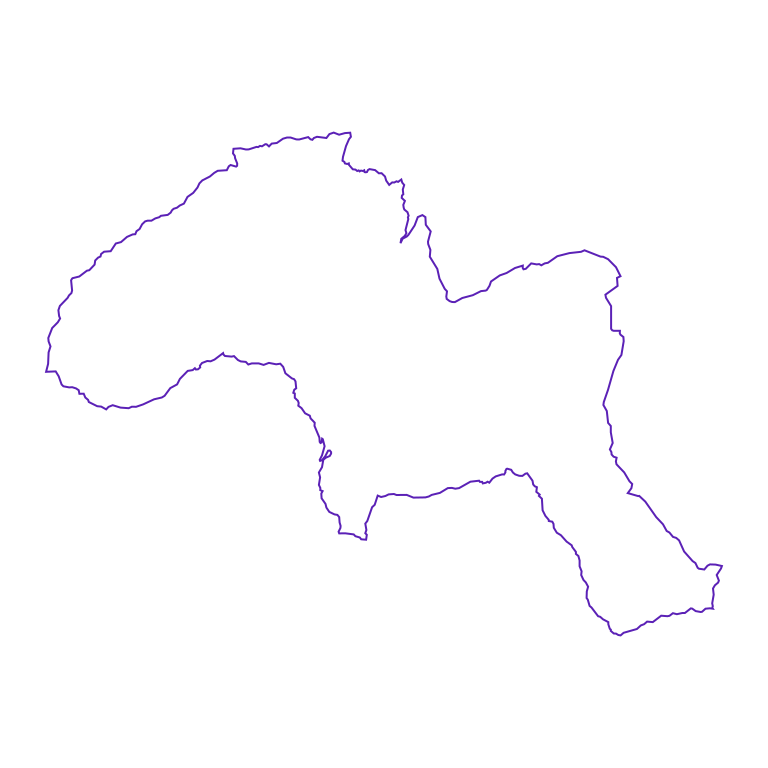 outline of Pamplona, Norte de Santander, Colombia
{"feature_id": "7082276B8319460942471", "entity_name": "Pamplona", "entity_type": "district", "adm_level": 2, "iso_a3": "COL", "parent_name": "Colombia", "parent_adm1": "Norte de Santander", "projection": "mercator", "projection_center": [-72.675, 7.367], "detail": "fine", "context": "isolated", "style": "outline", "palette": "violet", "viewbox_px": 768, "rotation_deg": 0, "n_neighbors": 0, "source": "geoboundaries", "source_scale": "gbopen_adm2", "svg_char_len": 6088}
<svg xmlns="http://www.w3.org/2000/svg" viewBox="0 0 768 768"><path d="M613.8,633.5L616.0,633.6L618.3,635.0L620.6,635.4L623.6,632.8L636.9,629.0L640.9,625.4L644.1,624.2L647.1,621.6L652.8,622.1L661.2,615.7L667.4,616.2L669.5,615.8L672.9,613.2L676.9,614.2L682.3,613.0L684.9,613.0L690.8,608.4L692.2,608.6L695.7,611.1L700.7,612.0L702.0,611.8L705.5,608.7L709.9,608.3L712.9,608.7L712.3,607.7L712.8,606.2L712.2,603.3L713.7,594.7L713.0,588.5L714.9,585.3L718.1,582.6L718.9,580.6L716.7,575.0L721.0,568.5L721.9,566.0L715.6,564.6L710.0,564.4L707.5,565.7L704.3,569.5L698.9,568.7L697.7,567.8L695.4,563.0L692.6,561.1L684.1,551.5L679.1,540.4L676.2,537.9L673.0,536.9L669.4,532.5L666.7,531.0L663.0,524.3L656.2,517.1L645.3,501.6L639.2,495.9L638.2,496.1L627.8,493.1L631.4,488.2L632.2,484.0L629.5,481.3L624.2,472.4L616.5,464.3L615.9,461.4L616.6,457.7L613.6,456.7L611.6,454.5L611.4,452.1L609.9,449.4L612.7,443.0L610.8,432.3L610.8,426.0L608.1,422.9L606.8,411.0L603.4,405.0L603.8,402.0L608.0,389.9L613.4,371.0L618.0,359.8L621.4,355.0L623.7,341.2L623.4,337.0L620.5,334.7L619.8,333.4L619.9,330.8L613.7,330.8L612.2,330.3L611.1,328.8L611.1,306.1L606.0,297.8L605.4,294.7L617.6,285.9L617.0,277.9L620.5,276.2L616.0,267.2L608.1,259.2L603.2,256.8L600.5,256.6L584.5,250.3L581.1,251.8L569.4,253.1L557.3,256.2L547.9,262.8L544.7,263.4L541.3,265.3L539.2,264.1L536.7,264.4L531.2,263.4L525.8,268.8L523.5,269.3L522.7,267.9L522.8,265.6L515.0,268.0L506.6,273.0L499.8,275.4L491.0,281.5L489.5,285.8L486.9,289.9L485.7,290.6L481.0,291.1L472.8,295.2L462.3,298.0L454.9,302.1L452.1,302.0L449.6,301.1L446.7,298.9L446.3,296.5L447.0,291.3L444.7,288.8L439.5,278.7L437.3,268.9L429.8,256.7L430.4,249.9L428.2,244.1L428.0,241.6L430.7,231.4L425.8,224.8L425.4,217.1L422.4,215.1L417.8,217.1L414.6,225.5L408.4,234.9L406.8,236.5L402.6,238.7L400.5,243.2L401.3,238.8L404.8,235.9L406.4,233.2L405.5,230.1L408.3,219.1L407.9,217.3L408.6,215.7L407.5,212.2L404.3,209.5L403.7,207.7L403.3,204.9L404.9,200.9L401.7,197.9L402.0,195.5L403.3,194.3L402.8,189.5L404.2,185.0L402.2,182.6L401.3,179.5L398.1,181.9L396.5,181.3L394.3,182.5L392.2,182.4L389.2,184.9L386.2,180.6L385.0,176.5L381.6,173.2L378.9,173.3L375.1,170.1L369.5,169.1L367.9,170.1L367.0,172.0L365.8,172.3L364.6,172.1L364.2,170.3L362.9,171.0L361.0,170.6L359.6,171.4L358.7,170.4L357.2,171.0L355.5,169.6L352.8,169.3L349.0,164.9L348.8,163.4L347.2,164.0L344.9,163.4L344.4,161.9L342.5,160.7L343.0,156.8L346.0,146.1L349.0,139.2L350.9,136.8L350.2,132.7L344.9,133.1L339.1,134.7L333.7,132.6L329.4,134.1L326.4,138.0L317.0,136.8L313.9,138.0L312.4,139.8L310.5,139.3L308.2,137.1L299.1,139.5L296.3,139.4L290.5,137.5L287.1,137.5L283.0,138.7L276.8,143.0L271.7,143.6L269.0,146.4L266.6,144.3L265.3,144.2L262.0,146.3L260.0,145.9L258.1,147.1L256.5,146.9L248.7,149.4L246.0,149.5L240.5,148.3L233.5,148.8L233.0,153.4L234.8,155.9L235.1,158.2L237.2,163.5L237.1,165.8L236.1,166.6L230.6,165.0L228.8,166.3L226.8,170.2L217.7,170.8L214.2,172.9L209.9,176.5L202.3,180.4L199.4,183.4L197.5,187.5L193.2,192.9L187.5,196.9L183.9,203.6L179.8,205.5L177.0,207.7L173.6,208.8L171.9,210.4L170.7,212.6L167.7,214.9L160.9,215.8L159.2,217.2L155.3,218.4L151.4,220.7L147.5,220.7L145.1,221.4L142.1,224.3L139.6,229.0L136.5,231.2L135.3,234.2L132.7,234.4L127.0,236.9L121.0,242.1L115.8,243.5L110.7,251.2L104.1,251.7L101.1,254.0L100.5,256.5L98.1,257.6L95.2,260.5L94.6,264.6L89.3,270.2L86.9,270.7L79.3,276.5L72.5,278.2L71.9,278.9L71.1,280.3L72.1,290.5L71.4,293.1L69.0,295.4L67.6,297.9L59.9,305.9L58.4,310.2L59.1,316.0L60.1,318.5L57.8,322.3L52.2,328.0L48.3,338.0L48.6,341.4L50.5,346.4L48.6,352.4L48.1,363.9L46.1,371.8L55.7,371.4L58.7,376.3L61.6,384.5L63.4,386.3L69.2,387.4L72.2,387.2L76.0,388.4L78.7,390.2L79.4,393.8L83.7,393.7L85.3,397.5L88.1,399.9L88.8,402.0L97.2,406.2L101.2,406.6L106.2,409.4L108.5,406.9L112.7,405.2L120.5,407.6L128.7,408.2L131.9,406.7L136.1,406.8L143.1,404.4L154.1,399.3L161.8,397.5L164.6,395.8L170.3,388.1L177.1,384.4L179.9,378.9L187.7,370.9L192.7,370.1L194.9,368.2L195.9,369.5L198.0,369.3L200.2,367.4L199.9,365.7L202.0,363.0L207.2,361.0L210.6,361.3L214.5,359.6L223.1,353.1L223.5,354.6L225.0,356.0L231.7,356.6L234.0,356.1L237.9,360.0L240.7,361.4L245.8,361.9L248.3,364.5L251.8,363.4L258.7,363.4L263.6,364.9L268.9,362.9L276.2,364.3L280.3,363.7L283.2,366.9L285.4,373.3L291.9,378.4L294.1,379.2L295.5,381.4L296.2,388.3L294.3,389.7L293.3,392.8L294.8,393.5L294.8,397.8L297.9,400.8L298.7,403.0L298.3,405.7L301.5,408.1L305.1,413.3L309.8,415.7L310.6,418.4L314.7,422.7L314.5,425.9L319.4,437.6L319.7,441.9L320.5,443.0L321.5,442.5L322.1,438.7L322.8,439.2L324.6,446.2L322.0,455.4L319.7,459.9L320.1,460.9L321.9,460.3L325.2,456.3L328.1,450.7L329.8,450.5L331.1,452.1L331.1,453.6L329.7,456.0L325.8,457.7L323.3,459.8L322.0,467.2L318.9,472.5L320.1,477.4L318.9,484.9L320.3,487.9L320.3,490.2L322.6,491.1L321.3,493.6L321.6,498.3L325.5,503.9L326.4,507.6L329.3,511.9L334.5,514.4L337.4,514.9L339.2,517.1L339.6,522.5L340.6,525.9L340.4,528.0L338.6,531.7L339.2,533.4L345.2,533.3L353.7,534.4L355.4,536.2L359.8,537.5L361.2,539.3L366.1,539.7L366.8,534.8L365.3,533.2L366.4,530.0L365.3,523.6L367.3,521.0L372.1,507.2L374.7,504.8L377.7,495.6L381.1,497.0L385.4,496.0L388.6,494.4L393.9,494.0L396.5,495.0L406.7,494.9L413.4,497.6L425.4,497.4L428.8,496.5L431.7,494.9L439.9,492.9L447.8,488.1L451.9,487.9L455.3,488.7L459.1,488.1L470.4,481.7L479.1,480.7L479.9,481.9L482.2,481.9L482.8,483.4L485.8,482.8L487.6,481.7L489.3,482.7L492.5,478.6L495.7,476.4L502.1,474.4L504.1,474.5L505.4,472.4L505.4,470.9L506.5,468.9L507.2,468.7L511.2,469.8L512.9,472.5L515.2,474.4L519.2,475.8L522.4,475.9L525.4,473.7L527.2,473.3L532.5,480.7L533.2,484.5L534.8,486.3L536.9,487.2L536.3,491.8L539.7,494.6L538.9,495.9L541.9,498.7L542.6,510.3L545.4,515.9L548.7,519.8L548.8,521.0L552.3,521.7L553.5,523.9L553.8,527.8L556.8,532.7L560.9,535.2L566.6,541.6L571.7,545.3L572.3,547.1L575.9,551.9L575.9,553.9L578.4,556.0L579.6,560.5L579.6,566.3L581.6,571.3L581.2,575.0L583.5,580.0L585.8,582.4L588.1,586.7L586.8,591.4L586.6,598.0L587.8,599.7L589.6,605.9L591.5,607.5L598.1,616.2L600.2,616.8L603.0,619.3L608.3,622.1L608.3,624.2L609.8,628.8L610.8,629.6L610.8,630.9L613.8,633.5Z" fill="none" stroke="#5b21b6" stroke-width="2"/></svg>